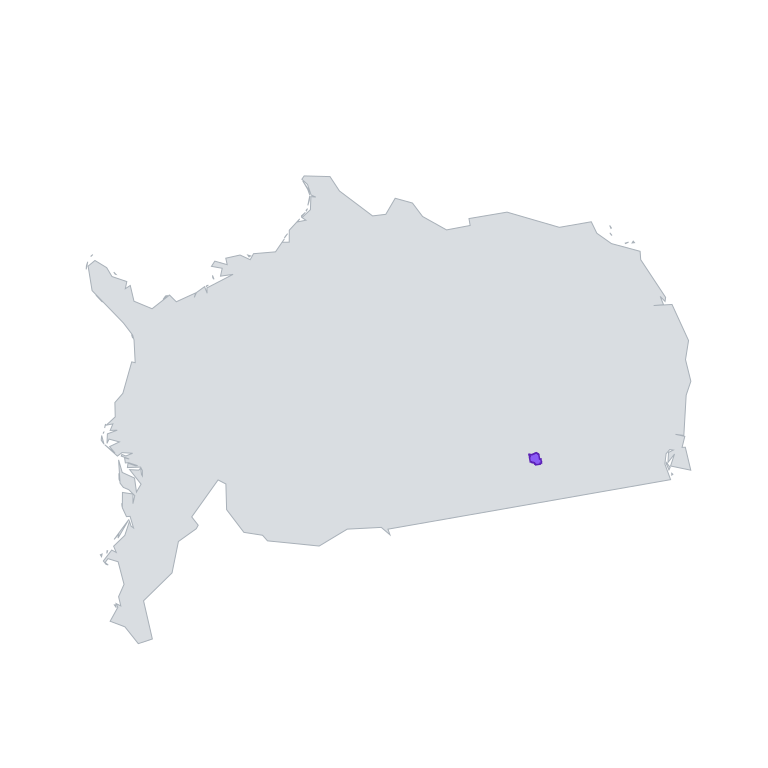 Judith Basin, Montana, United States of America shown in context, rotated 171°
{"feature_id": "52423323B59970675911071", "entity_name": "Judith Basin", "entity_type": "district", "adm_level": 2, "iso_a3": "USA", "parent_name": "United States of America", "parent_adm1": "Montana", "projection": "orthographic", "projection_center": [-110.26, 47.045], "detail": "fine", "context": "in_parent", "style": "filled", "palette": "violet", "viewbox_px": 768, "rotation_deg": 171, "n_neighbors": 0, "source": "geoboundaries", "source_scale": "gbopen_adm2", "svg_char_len": 4736}
<svg xmlns="http://www.w3.org/2000/svg" viewBox="0 0 768 768"><g transform="rotate(171 384 384)"><path d="M622.9,230.6L655.4,207.5L652.7,168.4L667.3,166.0L677.9,184.7L691.6,192.5L681.8,205.1L682.9,209.0L678.7,206.0L679.4,215.5L672.1,226.8L674.4,250.0L684.0,254.7L687.4,251.3L684.7,248.4L686.7,249.3L688.9,253.1L678.9,262.6L674.8,259.5L676.4,266.1L663.7,275.0L656.8,288.3L656.1,283.3L653.9,281.0L655.5,293.0L659.1,293.3L661.8,302.7L659.3,317.8L649.1,314.6L650.7,305.1L647.6,312.7L652.7,319.6L657.6,322.6L660.2,327.4L658.0,350.6L656.4,337.6L645.1,330.1L645.4,316.0L639.6,323.1L648.6,339.2L639.7,337.3L637.5,339.0L637.7,332.5L637.0,330.9L636.2,336.3L637.4,340.0L650.5,341.6L649.2,345.8L642.3,342.1L640.1,341.9L648.7,346.3L651.8,346.5L651.8,351.6L647.4,349.8L654.8,353.9L653.9,355.4L650.2,353.3L643.1,354.9L653.5,357.2L658.6,354.5L669.4,367.8L660.5,357.9L664.8,365.1L654.4,368.2L664.2,372.6L666.9,368.7L665.0,378.0L654.7,380.1L661.7,381.0L658.0,387.0L664.7,386.8L654.6,393.6L652.7,407.8L643.4,415.6L629.7,445.3L626.4,444.0L624.0,466.6L624.6,471.6L631.8,485.0L657.7,521.9L657.8,546.7L650.2,551.2L639.7,542.3L635.9,532.7L622.0,525.4L624.6,518.6L619.2,521.0L618.0,504.9L601.3,494.6L581.9,505.4L576.3,497.7L555.9,503.4L557.8,499.2L554.9,503.7L546.0,508.2L544.5,501.3L543.9,506.6L515.9,515.9L528.6,516.1L525.7,523.6L536.0,527.2L531.9,531.8L520.2,526.4L520.6,533.0L506.0,533.9L496.7,527.7L492.5,533.1L470.5,531.5L459.6,543.0L462.4,539.9L455.4,538.9L453.5,550.7L441.4,560.3L444.2,557.6L435.5,558.0L438.9,561.2L429.4,567.7L426.9,580.5L422.1,579.3L426.4,582.0L428.3,593.0L433.1,599.1L430.3,602.0L404.9,597.3L397.8,581.6L369.0,551.8L355.7,551.3L343.9,565.7L327.6,558.3L319.7,543.4L298.1,526.4L274.1,527.1L274.2,534.1L235.6,534.5L186.3,511.3L153.9,511.8L150.2,499.6L137.4,487.1L110.3,475.0L111.0,466.6L92.3,425.5L93.5,421.6L97.5,427.3L95.5,418.6L105.4,419.3L87.1,417.5L76.4,379.3L82.4,360.9L80.5,338.7L87.3,325.7L95.9,286.3L104.0,288.7L95.1,285.2L99.5,274.8L96.3,274.4L94.5,250.9L113.8,258.2L108.0,269.4L115.8,262.1L113.7,271.9L108.6,273.5L112.0,274.6L116.3,271.0L119.1,261.1L115.9,244.7L402.8,240.0L401.7,234.1L409.1,242.8L443.0,246.4L473.4,234.1L523.6,247.3L527.6,253.6L545.6,259.4L559.1,284.5L555.8,310.0L562.9,315.2L594.7,282.8L589.6,273.6L592.1,270.4L611.7,260.6L622.9,230.6ZM669.6,277.1L674.9,272.7L657.1,290.2L670.8,273.4L669.6,277.1ZM116.0,254.6L117.7,261.3L117.4,262.3L114.4,256.9L116.0,254.6ZM432.5,597.3L428.2,588.0L427.8,582.4L428.9,588.2L432.5,597.3ZM683.4,205.0L684.9,208.0L683.7,207.9L683.4,205.0ZM497.4,530.6L498.4,532.7L495.7,531.4L497.4,530.6ZM120.2,485.9L123.5,484.9L123.7,485.4L120.2,485.9ZM116.9,484.5L115.5,486.1L114.5,484.4L116.9,484.5ZM684.3,260.0L683.6,262.7L683.0,262.5L684.3,260.0ZM429.1,576.9L427.8,581.7L431.3,572.3L429.1,576.9ZM649.8,509.6L654.7,516.9L649.1,509.0L649.8,509.6ZM136.1,495.4L137.3,498.0L135.8,495.5L136.1,495.4ZM659.4,547.4L657.5,551.1L660.2,543.8L659.4,547.4ZM672.1,372.8L670.9,377.3L670.0,368.4L672.1,372.8ZM114.0,249.0L113.8,250.8L112.8,249.7L114.0,249.0ZM439.2,563.0L434.8,565.8L439.3,562.3L439.2,563.0ZM690.0,257.6L690.9,259.7L689.0,260.2L690.0,257.6ZM135.5,502.2L136.3,505.3L135.0,502.5L135.5,502.2ZM433.8,567.7L432.1,569.2L433.5,567.1L433.8,567.7ZM660.6,331.5L659.8,337.3L660.3,329.6L660.6,331.5ZM458.4,545.2L455.7,547.6L459.6,543.7L458.4,545.2ZM625.1,468.6L625.6,472.4L624.6,470.0L625.1,468.6ZM665.8,387.0L665.2,388.1L666.8,384.2L665.8,387.0ZM589.0,502.1L586.0,505.1L584.6,505.2L589.0,502.1ZM544.6,507.9L544.0,508.7L542.0,509.2L544.6,507.9ZM632.3,534.5L633.4,536.8L631.6,534.2L632.3,534.5ZM536.5,515.6L536.4,518.1L535.5,514.0L536.5,515.6ZM653.1,556.4L651.3,557.4L653.7,555.7L653.1,556.4ZM661.9,304.5L661.7,307.3L661.8,303.4L661.9,304.5ZM669.2,378.9L668.5,380.3L668.2,380.3L669.2,378.9Z" fill="#d9dde1" stroke="#a8b0b8" stroke-width="1"/><path d="M242.2,280.4L242.2,281.3L240.8,281.3L240.8,282.3L240.7,282.1L240.5,283.0L240.7,283.3L240.8,283.3L240.8,284.1L240.7,285.5L242.1,285.5L242.1,286.9L242.1,288.2L242.2,289.6L242.0,289.8L242.1,290.0L242.3,290.7L243.0,290.7L243.0,290.9L242.9,291.2L243.1,291.3L243.4,291.6L243.6,291.6L243.7,291.8L243.8,291.8L244.0,292.2L244.3,292.1L244.5,292.2L245.0,291.9L245.3,292.1L245.4,292.3L245.5,292.3L245.6,292.1L245.8,292.0L246.1,291.7L246.8,291.7L247.0,291.4L247.4,291.6L247.7,291.5L247.9,291.2L248.2,291.1L248.6,291.0L248.8,291.3L249.5,291.0L249.8,291.2L250.3,291.4L250.7,291.7L250.8,291.7L251.1,291.9L251.9,291.9L251.9,291.1L251.8,290.5L251.5,290.5L251.4,290.3L251.3,290.2L251.0,290.2L250.9,290.1L250.9,289.7L251.3,289.7L251.3,289.2L251.4,288.9L251.6,288.9L251.6,288.7L251.8,288.7L251.7,284.1L250.5,284.1L250.5,283.4L249.1,283.4L249.1,282.7L247.7,282.7L247.7,281.3L246.8,281.3L246.8,280.4L242.2,280.4Z" fill="#8b5cf6" stroke="#5b21b6" stroke-width="1.5"/></g></svg>